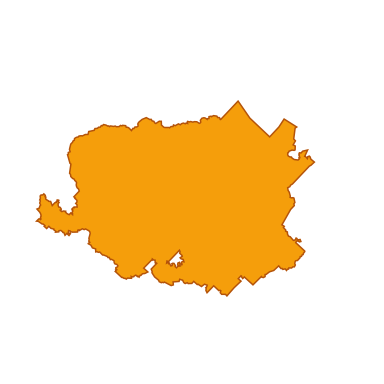 the district of South Burnett, Queensland, Australia, rotated 125°
{"feature_id": "25037944B91914901383533", "entity_name": "South Burnett", "entity_type": "district", "adm_level": 2, "iso_a3": "AUS", "parent_name": "Australia", "parent_adm1": "Queensland", "projection": "natural_earth1", "projection_center": [151.784, -26.401], "detail": "fine", "context": "isolated", "style": "filled", "palette": "amber", "viewbox_px": 384, "rotation_deg": 125, "n_neighbors": 0, "source": "geoboundaries", "source_scale": "gbopen_adm2", "svg_char_len": 6067}
<svg xmlns="http://www.w3.org/2000/svg" viewBox="0 0 384 384"><g transform="rotate(125 192 192)"><path d="M221.2,84.5L219.4,83.6L217.7,84.8L217.0,84.0L212.9,82.7L209.4,80.0L202.8,78.6L203.7,75.1L202.9,74.2L203.3,73.2L201.5,71.5L202.1,69.6L200.4,69.5L199.8,68.7L198.6,69.1L197.1,66.8L195.5,66.5L194.6,65.2L192.5,65.5L191.8,66.7L189.6,67.7L188.8,67.6L187.6,66.3L184.0,65.8L182.8,66.3L182.0,65.4L180.0,65.7L179.5,65.1L177.9,65.6L176.2,65.4L175.7,65.8L174.0,78.0L172.3,78.2L171.3,77.0L171.3,75.4L170.1,74.4L168.9,76.2L170.7,78.1L169.9,79.4L170.0,80.3L171.9,80.0L173.3,80.8L173.4,81.7L172.3,85.9L172.8,87.6L171.8,89.5L170.0,91.0L170.4,92.8L169.4,93.4L168.7,96.7L167.2,96.7L167.3,99.5L149.7,101.2L144.5,100.4L143.2,101.8L141.6,101.7L138.5,105.0L138.7,106.0L139.8,107.2L140.1,108.6L139.0,109.1L136.4,112.2L135.5,114.3L133.6,116.1L131.5,114.9L129.9,115.2L127.8,114.3L103.4,110.7L101.9,109.9L97.3,108.9L96.9,113.5L95.5,115.4L95.3,116.5L96.6,117.4L98.5,116.7L97.8,119.4L98.1,120.1L91.3,121.4L95.0,124.7L97.5,125.1L98.3,126.5L99.3,126.3L100.0,125.4L100.4,125.6L102.0,123.4L102.6,124.0L103.6,123.1L105.0,123.5L106.8,127.0L106.8,129.6L106.3,130.6L107.1,131.9L107.3,133.7L106.7,134.9L105.0,136.0L104.4,135.6L103.0,135.9L100.3,134.1L99.3,132.2L98.4,131.7L95.1,133.8L95.4,136.2L90.8,136.6L90.2,139.1L80.5,144.2L78.7,143.5L79.4,158.4L88.9,158.1L102.3,160.0L98.3,187.0L91.1,206.4L116.2,210.1L116.4,210.5L115.5,211.7L115.4,212.4L116.3,213.7L115.6,215.2L117.1,218.2L119.1,219.2L119.0,219.9L120.5,221.3L122.1,220.3L123.1,221.4L123.8,221.2L123.8,223.5L124.3,224.8L125.9,226.2L128.5,226.3L129.7,224.9L130.8,224.9L131.6,225.4L131.7,228.3L133.0,230.4L134.3,231.4L135.0,233.5L136.0,234.2L136.7,236.1L137.5,236.0L138.4,234.9L139.0,236.4L139.9,236.6L140.5,238.6L142.1,239.8L143.6,240.1L144.0,242.2L147.3,243.8L147.7,245.6L149.2,245.1L150.4,246.7L152.3,247.2L152.3,247.8L154.8,251.3L155.1,252.3L154.7,255.4L151.7,257.7L152.8,259.4L156.6,260.9L156.8,262.0L156.0,263.8L156.6,265.4L155.9,267.2L156.8,268.1L157.3,272.1L161.1,274.5L164.0,275.3L165.7,275.7L167.5,275.4L167.9,274.6L169.2,274.0L170.6,274.7L171.4,276.0L173.4,276.0L173.8,276.9L176.4,276.8L175.7,280.6L175.9,281.8L176.7,283.0L175.7,284.4L177.2,287.1L178.0,287.3L178.5,288.8L180.2,289.2L181.0,290.2L181.9,291.4L182.0,292.7L183.3,293.9L184.6,296.6L185.7,297.0L185.6,298.1L186.3,298.7L186.5,300.8L187.5,303.2L189.2,303.4L189.6,304.4L191.6,304.4L192.5,305.7L194.1,306.0L195.7,307.9L197.6,307.5L201.7,311.3L204.5,310.2L206.1,312.4L209.0,314.0L209.5,315.1L211.0,316.7L212.0,316.7L213.6,318.1L215.5,318.9L217.2,318.1L218.3,318.7L219.8,318.4L222.3,318.8L227.4,316.8L228.9,314.9L230.6,316.0L231.9,315.0L232.8,315.4L238.5,308.4L238.6,307.2L246.9,303.0L247.3,301.6L248.9,300.1L249.4,297.4L249.0,296.4L249.9,294.2L249.9,293.2L250.6,291.9L252.6,290.9L253.8,289.6L254.5,288.2L254.5,287.0L255.9,284.9L263.7,286.0L263.9,284.1L264.4,284.2L264.8,281.5L266.2,280.5L268.1,280.7L268.3,279.0L270.2,277.5L271.8,279.8L272.3,279.5L272.6,280.2L274.9,280.6L275.1,279.4L275.6,279.6L276.3,278.6L277.7,278.5L278.1,277.5L279.0,276.9L278.7,279.3L281.0,279.6L281.4,281.8L281.1,284.0L280.2,284.4L281.4,286.5L282.7,287.3L282.7,289.2L282.3,289.6L281.7,289.0L281.0,289.3L280.2,291.1L280.7,292.6L279.9,293.8L278.2,295.1L276.9,294.8L276.6,296.0L275.2,296.3L275.4,297.3L276.0,297.9L276.8,297.3L277.7,297.7L278.3,297.2L279.5,298.2L283.3,298.7L280.8,302.4L281.9,304.1L281.6,304.5L281.8,307.5L280.5,308.9L280.0,308.8L279.8,310.0L278.9,310.2L278.5,312.3L279.9,312.5L281.1,314.0L282.4,314.1L284.1,312.6L285.8,312.2L285.7,311.8L286.5,311.0L288.4,310.4L289.5,308.5L290.8,308.6L292.7,307.9L294.9,309.2L295.9,305.0L297.0,303.0L298.5,301.7L299.5,301.7L300.9,300.2L301.5,300.3L301.3,301.3L302.0,302.1L305.0,302.6L304.2,301.1L304.2,296.5L303.6,295.4L303.9,293.2L304.9,293.4L305.3,290.1L302.2,289.6L302.7,286.7L301.6,283.9L302.2,283.5L302.3,281.1L303.2,280.8L301.1,278.3L300.0,278.8L298.7,277.4L298.8,275.3L299.2,274.6L298.7,273.8L300.3,271.2L297.8,270.8L298.2,267.8L295.9,267.7L295.9,268.5L296.9,269.8L294.4,271.0L293.8,269.4L294.6,268.5L293.7,267.8L293.4,266.8L290.6,263.0L290.4,262.8L288.8,263.6L288.5,263.6L287.8,262.7L288.2,262.2L285.0,260.7L284.7,258.8L283.3,258.0L282.9,254.1L283.2,252.9L284.4,251.6L289.1,249.9L289.4,249.3L291.5,248.3L291.8,246.9L293.7,247.5L293.9,247.2L293.5,244.5L294.9,241.5L293.9,238.3L296.3,236.5L295.3,235.5L295.2,234.2L294.1,233.2L294.9,229.1L294.3,228.2L293.4,224.4L293.9,223.2L293.1,222.3L294.2,220.1L293.3,219.3L293.0,216.5L294.6,215.1L295.1,213.8L294.4,212.1L294.9,210.4L296.0,210.1L297.6,211.0L298.5,210.4L298.8,209.1L299.7,209.8L300.3,209.0L301.1,209.3L302.3,200.6L301.9,200.2L301.7,198.1L301.0,197.0L301.1,195.9L299.5,195.4L297.4,192.1L296.0,193.4L295.7,192.0L294.7,191.1L293.9,191.2L292.3,190.3L292.6,188.2L291.9,188.1L292.1,186.5L290.0,186.7L289.5,186.0L287.4,185.7L285.8,183.9L282.8,182.3L282.1,187.9L271.1,186.1L270.8,185.5L269.6,186.1L269.7,184.3L269.0,183.1L271.2,181.5L271.4,180.7L270.6,180.8L270.6,180.0L278.6,181.2L280.0,179.0L281.1,178.5L283.0,174.0L283.4,168.8L284.3,167.4L283.9,165.1L283.0,164.5L282.5,163.2L281.6,162.9L280.6,155.4L278.8,154.0L276.5,155.9L272.7,151.3L270.5,152.0L269.8,149.3L269.3,149.7L270.9,146.8L270.9,145.1L269.0,143.9L269.2,142.6L267.0,139.7L264.2,139.3L264.8,134.6L264.1,134.2L264.0,130.0L260.4,128.9L259.6,126.1L261.1,125.6L262.5,125.8L262.5,125.3L264.7,124.1L265.9,121.9L256.4,120.4L257.4,113.4L256.4,112.6L256.4,111.7L258.3,111.1L258.8,109.0L256.6,105.8L257.1,103.8L246.3,102.6L236.9,100.7L236.5,104.4L232.5,103.8L232.5,103.1L233.2,102.5L233.8,100.8L231.6,100.4L233.1,88.8L221.5,86.7L221.8,86.1L221.2,84.5ZM264.7,166.9L263.1,170.2L264.0,170.2L263.4,171.4L264.8,172.0L262.9,172.9L262.5,171.3L246.9,168.9L247.8,167.5L249.2,167.0L249.7,163.9L250.3,163.1L252.7,164.0L253.0,162.6L252.3,160.5L253.8,158.6L254.4,159.9L255.6,160.4L256.7,159.9L256.6,159.1L257.2,158.5L258.4,159.5L258.7,159.8L256.9,162.0L258.2,162.8L260.0,162.0L259.9,159.8L261.0,161.0L263.0,161.2L262.8,163.0L261.9,163.3L260.8,165.8L261.4,166.9L262.4,167.4L262.8,166.5L263.7,166.1L264.7,166.9Z" fill="#f59e0b" stroke="#b45309" stroke-width="1.5"/></g></svg>